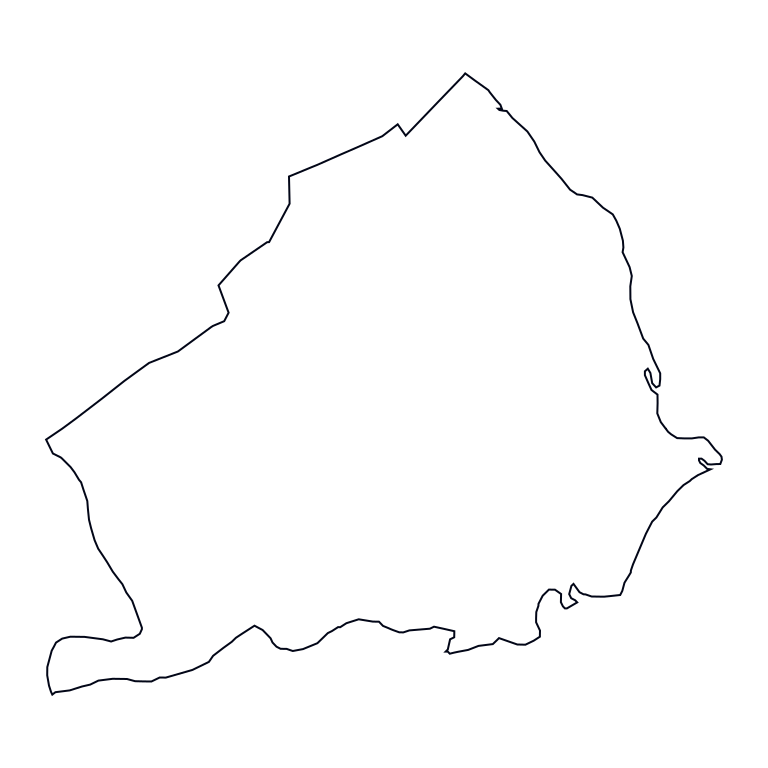 outline of Tama, Suhaj, Egypt
{"feature_id": "37247803B5321471482777", "entity_name": "Tama", "entity_type": "district", "adm_level": 2, "iso_a3": "EGY", "parent_name": "Egypt", "parent_adm1": "Suhaj", "projection": "orthographic", "projection_center": [31.431, 26.874], "detail": "fine", "context": "isolated", "style": "outline", "palette": "ink", "viewbox_px": 768, "rotation_deg": 0, "n_neighbors": 0, "source": "geoboundaries", "source_scale": "gbopen_adm2", "svg_char_len": 3492}
<svg xmlns="http://www.w3.org/2000/svg" viewBox="0 0 768 768"><path d="M46.1,439.6L52.9,453.5L60.7,457.4L61.9,458.4L65.2,461.7L70.6,467.1L74.5,472.3L79.0,479.8L81.1,482.3L83.5,489.8L87.3,501.0L87.9,508.8L89.0,519.7L91.1,528.2L94.6,540.2L98.2,548.7L102.7,555.4L107.2,562.3L112.8,571.7L118.5,579.3L122.4,584.2L126.3,592.5L132.2,600.8L141.9,627.7L141.9,629.2L139.8,633.8L133.6,637.8L129.5,637.7L125.4,637.6L117.2,639.5L111.1,641.5L102.9,639.3L84.6,636.9L70.4,636.7L62.2,638.6L56.0,642.6L53.9,646.7L53.4,647.6L51.7,650.7L47.3,667.1L47.2,675.3L49.0,685.6L51.0,691.8L52.3,694.6L55.4,692.2L69.7,690.4L82.0,686.5L90.2,684.6L98.4,680.6L112.7,678.8L127.0,679.0L135.1,681.2L143.3,681.4L151.4,681.5L159.7,677.5L165.8,677.6L192.5,669.9L200.7,665.9L208.9,661.9L213.1,655.8L223.5,647.8L231.8,641.8L235.9,637.8L242.1,633.7L248.3,629.7L254.5,625.7L258.6,627.9L262.6,630.0L268.6,636.2L270.6,638.3L271.6,640.5L272.5,642.5L274.5,644.6L276.5,646.7L280.6,648.8L286.7,648.9L289.5,649.9L292.8,651.0L303.0,649.1L317.4,643.2L323.4,637.4L327.8,633.1L331.9,631.1L338.1,627.1L340.2,627.2L346.4,623.2L358.7,619.3L372.9,621.6L379.0,621.7L381.0,623.8L383.0,625.9L388.6,628.2L390.6,629.1L393.1,630.1L399.2,632.3L403.3,632.4L409.4,630.4L429.9,628.7L434.0,626.7L442.8,628.6L454.3,631.2L454.3,633.2L454.2,637.3L450.1,639.3L447.8,649.5L445.7,651.6L447.8,651.6L449.8,653.7L454.2,652.6L458.0,651.8L468.2,649.9L478.5,645.9L492.8,644.1L497.0,640.1L499.0,638.1L517.3,644.5L525.4,644.7L533.7,640.7L539.9,636.7L539.9,634.7L540.0,630.6L536.1,622.3L536.1,618.2L536.3,612.0L538.4,605.9L538.5,603.8L542.7,595.7L546.7,591.8L548.9,589.6L555.0,589.7L561.1,594.0L560.9,602.2L562.9,606.3L564.9,608.4L566.9,608.4L577.2,602.4L575.2,600.3L571.2,598.2L569.2,594.1L571.4,585.9L573.5,583.9L579.5,592.2L583.5,594.3L585.5,594.4L591.6,596.5L597.7,596.6L603.9,596.7L610.0,596.1L620.2,595.0L622.3,590.9L624.5,582.7L626.1,580.1L628.3,576.6L630.8,572.5L630.9,570.5L633.0,564.4L637.3,554.2L641.6,544.0L645.9,533.8L648.0,529.7L652.2,521.6L656.4,517.5L662.7,507.4L668.9,501.3L677.3,491.2L683.5,485.1L689.7,481.1L691.8,479.1L698.0,475.1L710.5,469.3L707.2,468.9L703.8,465.5L700.3,463.0L699.0,460.4L699.0,458.7L701.6,458.7L704.5,460.8L707.6,464.2L711.0,464.5L716.0,464.1L720.3,464.0L721.9,459.7L721.5,456.7L719.7,454.2L715.0,449.6L708.1,440.7L703.8,437.4L698.7,437.4L691.9,438.4L684.3,438.4L677.1,438.1L671.1,434.3L668.1,431.8L667.8,431.4L667.5,431.0L666.0,429.0L666.0,428.9L665.9,428.9L660.8,422.1L659.1,417.9L657.3,413.4L657.6,403.1L657.5,394.6L651.5,390.0L648.4,383.2L644.9,375.2L644.9,371.3L647.8,368.7L650.4,373.0L652.2,383.2L656.1,387.4L659.5,385.6L660.2,379.2L660.2,373.3L653.2,358.9L648.4,344.9L643.2,338.6L637.5,323.3L633.1,312.3L630.4,299.1L630.4,297.3L630.4,297.2L630.3,286.3L631.8,276.0L629.6,267.1L622.6,252.2L623.4,247.5L622.9,240.7L619.8,228.8L616.3,220.7L612.8,214.4L603.0,207.7L592.3,197.6L582.5,195.1L577.0,194.4L575.6,193.4L570.1,189.7L561.5,178.8L552.5,168.7L545.2,160.6L539.5,152.2L534.3,141.6L527.4,131.5L512.4,118.0L506.7,111.0L503.2,110.7L499.4,110.0L498.0,108.7L501.8,108.6L500.4,104.8L495.8,99.9L489.8,92.3L488.4,90.2L475.0,80.6L465.2,73.4L464.2,74.6L462.8,76.3L438.5,101.5L405.7,135.7L397.7,124.3L382.3,136.2L355.9,147.9L340.7,154.5L317.0,165.0L311.8,167.1L289.0,176.5L289.6,203.7L269.1,242.1L267.1,242.2L240.7,260.3L239.6,261.4L218.5,285.4L228.6,312.7L224.2,321.2L213.0,325.9L211.1,327.1L177.9,351.5L149.1,362.9L124.4,380.9L101.7,398.8L100.0,400.1L76.0,418.5L62.3,428.6L46.1,439.6Z" fill="none" stroke="#020617" stroke-width="2"/></svg>